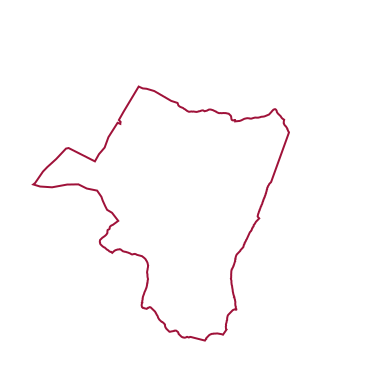 Belen, Heredia, Costa Rica, rotated 44°
{"feature_id": "36466004B97828735780055", "entity_name": "Belen", "entity_type": "district", "adm_level": 2, "iso_a3": "CRI", "parent_name": "Costa Rica", "parent_adm1": "Heredia", "projection": "robinson", "projection_center": [-84.175, 9.985], "detail": "fine", "context": "isolated", "style": "outline", "palette": "rose", "viewbox_px": 384, "rotation_deg": 44, "n_neighbors": 0, "source": "geoboundaries", "source_scale": "gbopen_adm2", "svg_char_len": 6052}
<svg xmlns="http://www.w3.org/2000/svg" viewBox="0 0 384 384"><g transform="rotate(44 192 192)"><path d="M258.7,164.3L256.6,164.1L256.1,163.9L254.7,161.5L254.4,160.6L253.7,159.5L253.5,158.4L253.1,158.1L253.0,157.6L252.8,157.3L252.7,156.8L252.3,156.0L252.1,155.5L251.6,154.6L251.6,154.0L251.1,153.2L250.9,152.2L250.5,151.3L249.9,150.5L249.7,149.5L249.4,149.3L249.2,148.5L248.9,148.2L248.5,147.4L248.5,146.8L248.3,146.4L248.0,146.1L248.0,145.6L247.6,144.7L247.3,144.5L247.2,144.0L246.9,143.1L246.6,142.7L246.4,142.2L246.1,141.9L246.1,141.4L245.5,140.7L245.2,139.8L244.9,139.5L244.5,138.7L244.2,138.4L244.2,137.9L243.6,137.3L243.2,136.6L243.2,136.0L242.8,135.5L242.6,135.0L242.5,134.0L242.0,132.5L242.0,129.9L220.5,82.0L220.3,81.7L219.9,81.7L219.5,81.5L219.0,81.4L217.4,80.7L216.9,80.6L216.6,80.2L214.8,79.8L214.3,79.6L212.4,79.6L210.8,79.1L210.5,78.8L210.0,78.7L209.8,78.3L208.8,77.2L208.1,76.0L206.0,76.4L204.6,76.3L203.2,75.9L199.2,75.9L197.5,75.5L196.3,74.7L195.4,74.5L194.8,74.5L194.2,74.7L193.7,75.5L193.4,76.3L193.4,78.5L193.5,79.1L193.6,82.7L191.8,86.9L191.2,87.9L189.5,89.9L189.1,90.8L188.0,92.5L187.0,93.5L185.7,94.6L184.7,96.2L183.8,97.9L182.6,99.0L182.1,99.2L180.6,100.4L180.1,101.0L178.8,103.0L177.7,106.2L176.9,107.8L174.0,111.2L173.6,110.7L173.0,110.3L172.5,110.7L172.1,111.7L171.8,112.0L171.0,112.4L170.2,112.4L169.4,111.9L168.7,111.3L167.5,110.4L166.7,110.2L164.0,110.2L163.3,110.7L162.1,111.4L161.3,111.9L161.1,112.2L160.0,113.1L158.5,114.8L157.8,115.3L156.9,116.3L156.5,116.6L154.7,117.3L153.7,117.4L153.5,117.6L153.1,117.6L151.8,118.1L150.2,118.6L148.3,119.6L147.1,120.7L146.8,121.2L146.7,121.8L146.5,122.1L146.3,123.0L145.7,123.9L145.6,124.2L145.0,124.9L145.0,125.1L144.2,125.4L143.5,125.5L143.2,125.7L142.6,126.3L141.8,127.7L141.8,127.9L141.1,129.0L140.9,129.1L140.4,130.2L139.5,131.4L137.0,133.2L136.5,133.9L135.7,134.4L134.2,136.3L133.9,136.5L132.1,137.1L131.4,137.1L130.6,137.3L129.8,137.3L128.5,137.7L127.2,137.8L126.4,138.1L125.8,138.4L123.8,139.1L122.1,139.2L121.0,138.6L119.7,138.0L113.8,140.9L94.7,145.6L87.6,149.3L84.6,151.7L80.4,153.2L87.0,181.7L89.4,191.0L92.0,191.2L92.5,192.1L93.1,192.8L90.4,193.9L93.8,210.6L98.3,220.7L98.8,229.4L100.9,237.4L72.7,246.1L71.2,248.3L71.4,262.7L70.6,274.6L70.6,280.8L72.9,294.5L72.6,296.8L78.9,293.6L88.1,285.8L97.0,273.4L105.0,265.4L113.9,262.6L122.8,256.9L130.2,258.4L133.7,260.2L139.5,262.5L143.3,263.8L148.9,262.5L159.0,264.0L157.9,270.5L157.2,272.3L157.1,273.8L157.2,274.2L157.6,274.9L158.2,275.6L158.3,275.8L158.3,276.3L157.8,277.6L157.8,278.2L158.1,278.5L158.6,279.2L159.1,279.6L159.5,280.3L159.6,280.7L159.8,280.8L159.8,281.3L160.0,282.1L159.9,284.0L159.5,286.3L159.3,286.9L159.2,290.3L159.6,291.0L160.4,292.0L161.1,292.3L161.7,292.9L162.6,293.2L165.5,293.2L167.2,292.9L167.7,292.6L170.8,292.5L172.3,292.1L173.8,292.1L174.5,291.8L175.0,291.7L175.5,291.2L176.9,291.2L177.0,288.8L177.3,287.2L178.4,285.1L178.5,285.0L178.8,284.6L179.5,283.9L179.8,283.5L179.8,283.3L180.6,282.9L183.5,282.6L184.0,282.3L185.0,281.8L185.5,281.4L186.1,281.0L186.8,280.7L188.1,280.0L190.4,279.1L191.5,278.9L192.2,278.6L192.6,278.2L193.1,277.2L193.6,276.7L193.9,276.2L194.3,276.1L194.7,275.8L196.1,275.4L200.6,272.9L203.4,272.6L205.2,272.6L206.0,272.8L206.6,273.1L207.2,273.1L209.1,273.8L211.2,275.2L211.5,275.3L211.6,275.6L212.5,276.6L213.5,278.2L213.9,278.6L214.2,279.2L215.3,280.8L215.8,281.2L215.9,281.4L217.1,282.1L217.2,282.3L217.7,282.7L218.1,283.2L219.3,284.2L220.9,285.2L221.3,286.0L221.7,286.5L221.8,286.8L222.5,287.5L223.1,288.4L223.1,288.7L223.4,288.8L223.5,289.1L223.9,289.6L224.2,290.2L224.4,290.3L225.6,292.3L225.8,292.9L226.0,293.1L226.3,294.1L226.6,294.6L227.5,297.2L228.4,298.9L228.6,299.5L229.7,301.9L230.2,302.3L230.4,302.9L230.9,303.3L231.3,303.8L231.5,304.4L231.9,304.8L232.0,305.1L232.9,306.0L232.9,306.3L233.2,306.3L233.2,306.6L233.8,307.6L234.6,308.6L236.0,309.5L237.2,309.5L237.7,308.9L238.3,308.9L239.6,308.1L240.1,307.7L240.6,307.5L240.8,305.9L241.1,305.7L241.4,304.4L242.0,303.9L242.5,303.7L248.7,303.7L249.5,304.1L250.1,304.1L250.6,304.4L251.2,304.5L252.1,304.9L252.7,304.9L253.8,305.3L254.8,305.9L257.1,306.5L260.4,306.5L260.9,306.1L261.8,306.1L262.1,306.0L263.3,306.0L264.5,306.1L264.6,306.4L265.1,306.6L266.1,307.4L266.7,307.6L266.9,307.8L267.7,308.0L268.3,308.0L268.6,308.2L272.8,308.2L273.6,307.4L273.7,307.1L275.3,304.9L275.6,304.4L275.6,304.1L275.9,304.0L276.2,303.4L276.8,302.8L277.1,302.7L279.4,302.5L280.2,302.9L280.6,303.2L280.9,303.2L281.1,303.4L285.1,303.4L286.7,302.8L286.9,302.5L287.4,302.3L287.8,302.0L288.1,301.7L288.5,301.0L288.9,300.2L288.9,299.9L289.1,299.6L289.6,299.3L290.4,299.1L290.8,298.7L291.2,298.1L291.2,297.7L291.7,297.2L304.5,289.9L304.3,288.9L304.3,287.8L303.9,287.6L303.8,287.1L303.8,282.9L304.1,281.9L304.5,281.1L304.5,280.7L305.4,279.6L305.7,279.4L305.8,279.0L306.4,278.4L307.1,277.7L308.4,276.2L312.1,273.7L313.4,273.1L312.4,266.9L311.6,266.9L309.7,265.2L309.4,264.5L308.4,263.7L307.1,261.3L306.4,260.5L306.3,259.8L305.3,258.7L304.9,258.3L303.8,256.5L303.5,255.8L303.4,255.0L303.4,249.2L303.5,248.4L304.1,247.0L304.6,246.4L305.2,246.0L306.4,246.2L305.8,246.0L304.8,245.2L304.1,245.0L303.0,243.9L302.3,243.7L300.7,242.3L299.6,241.0L298.4,240.2L298.0,239.8L296.3,238.9L295.9,238.5L295.2,238.5L294.9,237.8L294.2,237.6L292.3,236.5L291.7,236.0L290.4,235.2L289.3,234.2L286.8,232.4L286.2,231.8L284.9,231.1L283.1,229.6L282.1,228.5L280.1,227.3L279.9,226.6L279.4,226.2L278.1,224.7L277.6,224.3L277.2,223.8L275.1,221.4L274.8,220.7L274.3,220.1L274.3,219.3L274.0,218.9L273.9,218.1L273.6,217.4L273.4,216.6L272.9,216.0L272.8,215.2L272.4,214.6L271.3,212.4L271.2,211.8L270.6,211.4L270.1,210.7L269.9,209.9L269.3,209.7L269.1,209.1L268.4,208.0L267.8,206.6L267.6,205.8L267.6,200.8L267.3,200.2L267.2,196.0L266.8,195.4L266.5,194.6L266.1,194.2L265.8,193.4L265.8,192.6L265.2,192.0L265.0,191.3L265.0,190.5L264.7,189.8L264.3,189.1L264.3,188.3L264.0,187.5L261.6,180.7L261.6,179.0L261.3,178.6L261.3,177.8L260.5,176.4L260.5,175.6L260.2,175.2L260.2,174.3L260.0,173.6L259.4,173.0L259.3,171.4L258.7,169.0L258.7,164.3Z" fill="none" stroke="#9f1239" stroke-width="2"/></g></svg>